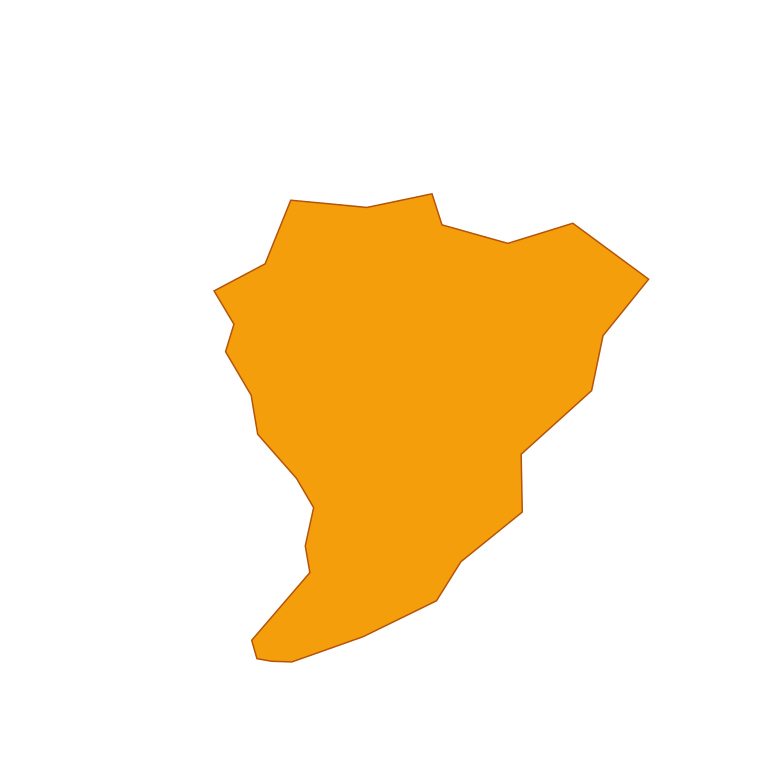 map outline of Alsungas (Robinson projection), rotated 321°
{"feature_id": "LVA-5710", "entity_name": "Alsungas", "entity_type": "Municipality", "adm_level": 1, "iso_a3": "LVA", "parent_name": "Latvia", "parent_adm1": "", "projection": "robinson", "projection_center": [21.529, 56.995], "detail": "fine", "context": "isolated", "style": "filled", "palette": "amber", "viewbox_px": 768, "rotation_deg": 321, "n_neighbors": 0, "source": "natural_earth", "source_scale": "10m", "svg_char_len": 519}
<svg xmlns="http://www.w3.org/2000/svg" viewBox="0 0 768 768"><g transform="rotate(321 384 384)"><path d="M288.4,585.5L208.7,567.2L137.5,542.0L122.2,528.8L112.4,517.5L119.9,499.9L207.7,483.9L220.9,460.3L251.5,435.8L256.6,402.3L254.2,343.6L273.7,309.1L281.2,259.2L305.0,243.1L310.5,204.7L367.2,215.8L427.2,182.5L481.8,236.0L541.0,266.4L529.2,296.8L568.7,352.6L631.9,377.9L655.6,469.1L584.6,484.3L541.2,519.8L446.4,524.9L410.9,570.5L331.9,570.5L288.4,585.5Z" fill="#f59e0b" stroke="#b45309" stroke-width="1.5"/></g></svg>